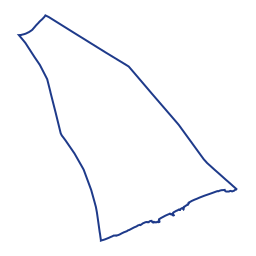 outline of Sayhut, Al Mahrah, Yemen
{"feature_id": "15242507B57333459501301", "entity_name": "Sayhut", "entity_type": "district", "adm_level": 2, "iso_a3": "YEM", "parent_name": "Yemen", "parent_adm1": "Al Mahrah", "projection": "robinson", "projection_center": [51.308, 15.527], "detail": "fine", "context": "isolated", "style": "outline", "palette": "blue", "viewbox_px": 256, "rotation_deg": 0, "n_neighbors": 0, "source": "geoboundaries", "source_scale": "gbopen_adm2", "svg_char_len": 3252}
<svg xmlns="http://www.w3.org/2000/svg" viewBox="0 0 256 256"><path d="M18.9,35.1L25.3,42.8L34.2,56.6L39.9,65.0L45.1,75.1L47.2,79.2L50.3,91.5L50.5,92.5L55.5,112.1L60.7,133.3L61.8,135.5L63.5,137.7L65.5,140.4L74.5,153.5L83.2,168.8L83.8,170.0L91.2,190.0L94.3,201.1L95.9,207.0L96.9,212.4L97.1,213.8L98.1,220.8L99.6,231.5L99.7,232.2L100.0,233.8L100.5,237.5L100.7,238.7L100.8,239.6L100.9,240.3L100.9,240.6L101.5,240.4L103.3,239.9L104.9,239.4L108.9,237.8L110.6,237.0L112.5,236.2L113.6,235.6L114.2,235.5L114.6,235.6L115.4,235.6L115.8,235.4L116.4,235.4L116.5,235.6L118.7,234.9L119.6,234.5L121.8,233.3L123.1,232.7L123.6,232.4L124.7,232.0L126.8,231.2L127.3,230.9L128.1,230.3L129.2,230.0L130.7,229.2L134.1,227.4L136.3,226.5L136.9,226.2L137.6,225.6L139.8,224.8L140.1,225.0L140.4,225.1L141.9,224.1L142.6,223.5L143.4,223.1L144.4,222.7L145.0,222.4L145.3,222.3L146.0,222.1L146.3,222.0L146.7,222.1L146.9,222.1L147.2,222.0L147.5,222.2L148.0,222.3L148.7,222.2L148.8,221.9L149.4,221.5L150.3,221.0L151.0,220.9L151.3,221.0L151.6,220.9L151.8,221.3L151.8,221.6L152.2,221.9L152.8,222.3L153.0,222.5L153.5,222.5L153.8,222.1L153.8,221.9L154.1,221.9L154.4,222.3L155.2,222.4L155.4,222.2L155.9,222.2L156.4,222.2L156.7,222.3L157.0,222.0L157.3,221.8L157.8,221.9L158.4,222.2L159.3,222.0L159.5,221.8L159.5,221.5L159.4,221.1L159.2,221.0L159.2,220.6L158.9,220.2L159.1,219.9L159.0,219.6L159.0,219.3L161.0,218.0L162.7,217.1L165.5,215.6L168.0,214.5L169.5,213.9L169.9,213.6L170.2,213.7L170.0,213.9L170.4,214.2L170.7,214.1L171.2,214.4L171.6,214.4L172.1,214.7L172.5,215.0L173.0,215.4L173.4,215.5L173.8,215.3L173.7,215.1L173.5,214.7L173.4,214.5L173.1,214.4L173.2,214.1L173.1,213.8L173.0,213.5L172.8,213.3L173.2,212.7L173.8,212.2L174.6,211.8L176.5,210.7L176.8,210.7L178.1,210.0L178.8,209.5L179.1,209.5L179.1,209.8L179.5,210.0L180.0,210.0L180.1,209.7L180.3,209.4L180.5,209.0L182.1,208.1L182.4,208.3L182.6,208.4L182.7,208.7L183.1,209.0L183.5,209.4L183.7,209.0L183.6,208.6L183.7,208.3L183.7,207.9L183.9,207.6L183.6,207.3L183.8,207.0L184.2,206.7L184.7,206.5L186.3,205.4L187.0,205.0L187.6,204.9L187.6,204.6L187.9,204.6L188.1,204.3L188.1,204.0L188.2,203.9L188.5,203.7L188.5,203.4L188.5,203.2L188.9,203.2L189.1,202.9L189.1,202.4L190.3,201.8L191.6,201.0L194.7,199.6L196.8,198.8L199.5,197.6L204.4,195.7L208.8,194.2L212.2,193.0L217.4,191.1L218.1,191.3L219.9,190.6L221.4,190.2L223.2,190.1L224.7,189.9L224.8,190.3L225.3,191.1L226.1,191.5L227.7,191.5L227.9,191.5L229.0,191.5L230.0,191.0L230.7,190.9L232.1,191.4L232.7,191.2L232.9,191.1L233.2,191.0L233.9,190.8L234.9,190.0L235.6,189.6L236.3,189.4L237.0,189.6L235.7,188.4L234.9,187.7L233.8,186.7L233.4,186.4L231.1,184.3L225.7,179.6L223.8,177.9L221.7,176.0L221.0,175.4L220.8,175.2L215.1,170.2L207.2,163.1L203.7,159.2L194.4,146.4L178.7,124.8L172.7,117.8L152.0,93.8L147.5,88.5L144.0,84.4L133.6,72.2L128.7,66.5L126.6,65.2L106.2,52.8L97.5,47.4L74.0,32.8L48.7,17.0L45.4,15.4L44.9,16.2L44.2,17.1L43.5,17.8L42.7,18.7L42.0,19.4L41.3,20.0L40.3,20.9L39.6,21.6L38.9,22.3L38.4,23.0L37.6,23.7L37.0,24.4L36.2,25.2L35.5,26.0L34.9,26.8L34.2,27.5L33.7,28.2L33.1,28.8L32.4,29.7L31.5,30.4L30.6,31.0L29.4,31.8L28.6,32.3L27.6,32.7L26.7,33.2L25.6,33.7L24.6,34.0L23.7,34.3L22.8,34.5L21.9,34.7L21.1,35.0L20.0,35.0L19.2,35.1L18.9,35.1Z" fill="none" stroke="#1e3a8a" stroke-width="2"/></svg>